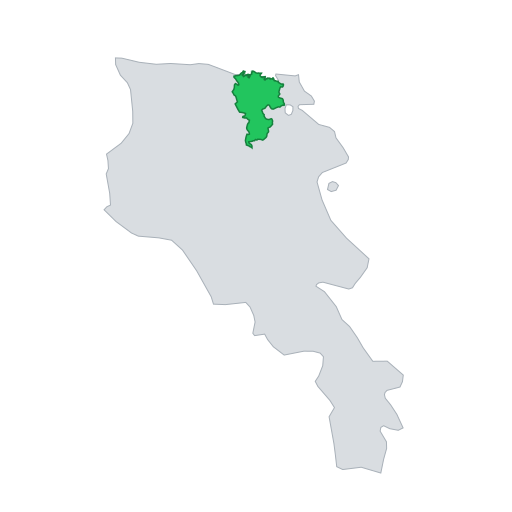 location of Tumanian, Lori, Armenia, rotated 14°
{"feature_id": "60910142B81526699291587", "entity_name": "Tumanian", "entity_type": "district", "adm_level": 2, "iso_a3": "ARM", "parent_name": "Armenia", "parent_adm1": "Lori", "projection": "equal_earth", "projection_center": [44.669, 40.997], "detail": "fine", "context": "in_parent", "style": "filled", "palette": "green", "viewbox_px": 512, "rotation_deg": 14, "n_neighbors": 0, "source": "geoboundaries", "source_scale": "gbopen_adm2", "svg_char_len": 6783}
<svg xmlns="http://www.w3.org/2000/svg" viewBox="0 0 512 512"><g transform="rotate(14 256 256)"><path d="M226.4,313.0L222.4,306.4L202.0,284.7L183.2,268.0L170.3,261.1L157.3,261.9L137.0,265.2L129.6,263.8L112.0,256.5L97.4,247.9L99.4,244.3L102.5,241.8L98.9,230.6L90.8,212.6L91.7,206.9L89.2,199.1L86.3,193.3L97.9,179.2L103.2,167.9L104.4,157.0L101.4,145.5L94.0,124.9L89.3,119.0L80.7,113.4L73.5,104.2L71.7,97.8L77.9,96.5L95.7,96.3L112.9,94.1L126.4,89.9L146.0,86.3L154.0,83.1L163.4,81.6L192.0,85.0L202.7,82.4L234.8,81.9L235.6,80.5L231.3,76.2L231.3,74.6L250.4,71.8L253.4,69.8L255.9,76.7L263.1,84.3L271.0,87.4L275.2,91.6L275.4,94.8L261.5,98.7L260.6,100.7L261.5,102.6L265.6,103.5L285.1,113.2L296.2,113.4L302.1,116.3L305.0,122.0L314.4,129.9L321.8,137.5L322.2,140.1L320.9,144.0L300.2,158.9L297.6,164.0L297.3,169.4L306.5,185.6L320.0,203.3L339.5,216.8L366.3,231.4L366.7,240.5L362.5,251.3L358.9,258.6L357.3,263.5L354.0,265.6L327.3,265.2L323.4,266.9L321.6,269.1L321.5,270.8L331.1,274.1L346.1,285.7L354.8,296.9L363.9,301.8L374.0,310.7L382.1,319.1L394.8,329.9L408.8,326.3L427.7,335.9L428.5,342.5L427.4,348.3L415.6,354.7L414.2,357.3L414.2,359.5L415.8,362.7L422.7,367.9L431.0,375.6L440.3,387.2L436.2,390.7L427.6,391.2L420.9,389.8L418.6,392.1L418.8,395.9L427.5,404.7L429.3,411.1L429.0,422.3L429.6,436.4L409.2,435.5L391.8,442.2L385.3,440.9L380.8,428.9L377.0,419.2L365.8,394.3L368.8,384.1L362.6,378.2L347.6,367.6L343.8,363.3L345.9,357.3L347.3,346.3L345.8,337.4L341.8,334.7L334.4,334.6L325.4,336.8L307.3,345.3L294.8,339.9L287.5,334.3L283.3,329.7L273.9,333.6L271.6,331.7L271.1,320.3L268.2,314.2L262.6,307.0L257.3,303.5L238.0,310.6L226.4,313.0ZM256.0,110.0L256.6,105.9L255.7,102.2L252.6,101.1L248.8,102.0L248.5,106.1L249.7,110.0L253.5,111.7L256.0,110.0ZM317.8,172.8L313.4,175.3L309.3,174.2L309.2,167.9L312.2,165.3L315.7,165.5L319.0,167.7L317.8,172.8Z" fill="#d9dde1" stroke="#a8b0b8" stroke-width="1"/><path d="M225.9,152.0L225.5,150.3L224.8,149.3L224.0,148.8L222.8,148.5L221.6,147.8L221.3,146.9L222.8,146.4L224.7,145.5L225.3,144.8L226.1,144.7L226.8,144.4L227.1,143.3L227.5,143.0L228.4,143.3L228.9,143.2L229.4,142.3L232.3,141.7L234.5,141.9L235.2,141.2L236.9,138.8L237.4,137.7L237.4,136.6L237.2,135.5L237.2,134.4L238.1,132.6L238.0,131.8L236.7,129.2L236.8,128.7L238.5,127.4L239.4,125.8L240.2,124.1L239.6,122.7L239.5,121.0L238.3,119.3L237.6,119.1L235.5,120.5L233.0,120.7L231.7,120.0L229.9,118.2L229.8,117.0L228.1,115.9L227.5,114.8L226.2,113.2L227.0,111.8L228.1,111.1L229.1,110.2L229.7,108.5L230.8,106.7L231.8,106.3L232.7,106.8L234.2,108.5L235.5,109.4L236.4,109.4L237.4,109.2L239.6,107.3L241.7,105.8L242.8,105.8L243.5,105.4L243.9,104.5L245.7,103.0L246.6,103.1L247.0,102.7L246.7,101.5L245.4,100.2L244.7,98.2L243.9,97.2L243.3,96.9L241.3,96.9L239.4,96.6L239.0,95.8L239.0,95.0L239.9,93.4L239.8,92.8L238.9,92.0L238.5,91.2L238.6,87.4L238.9,86.0L240.8,85.6L241.2,85.0L241.0,84.5L241.3,83.8L241.2,83.1L240.5,82.5L239.9,83.0L239.1,83.0L238.5,82.9L238.0,82.9L237.7,82.8L237.4,82.6L236.7,82.5L236.6,82.4L236.4,82.2L236.2,82.2L235.9,82.2L235.7,82.2L235.7,81.9L235.6,81.7L235.2,81.2L234.9,81.1L234.4,81.3L234.1,81.4L233.6,81.4L233.2,81.4L232.5,81.2L232.1,81.5L231.9,81.5L231.4,81.1L231.1,81.3L231.0,81.2L230.8,80.7L230.6,80.4L230.4,79.9L230.1,79.6L229.7,79.1L229.3,79.1L229.2,79.3L229.2,79.5L229.5,80.2L229.4,80.4L229.0,80.5L228.3,80.3L227.9,80.4L227.7,80.3L227.4,80.5L227.0,80.2L226.9,80.2L226.7,80.4L226.7,80.7L226.4,80.5L226.2,80.3L226.0,80.2L225.9,80.3L225.8,80.5L225.6,80.4L225.0,80.4L224.3,80.5L224.1,80.6L224.0,80.8L224.0,81.0L223.8,81.3L223.6,82.1L223.6,81.5L223.4,81.4L223.2,81.4L223.1,81.5L222.8,82.0L222.5,82.3L222.4,82.4L222.5,82.5L222.4,82.9L222.2,83.0L221.9,82.9L221.6,83.0L221.4,82.9L221.5,82.6L221.2,82.3L221.1,82.2L221.4,81.8L221.5,81.5L221.4,81.4L221.2,81.4L221.1,81.1L221.3,80.8L221.4,80.6L221.6,80.6L221.7,80.4L221.7,80.2L221.8,80.1L221.7,79.8L221.6,79.7L220.9,80.0L220.3,80.1L220.2,80.3L220.1,80.5L219.4,80.5L219.3,80.9L219.2,80.9L219.0,80.7L218.8,80.7L218.7,80.8L218.6,81.0L218.7,81.3L218.4,81.3L218.2,81.3L218.0,81.2L218.3,80.9L218.2,80.8L217.6,80.7L217.1,80.7L216.8,80.5L216.5,80.2L216.3,80.0L216.2,79.7L216.3,79.1L216.5,78.2L216.9,77.7L217.1,77.6L217.1,77.3L216.7,77.5L216.2,77.7L215.9,77.6L215.8,77.8L215.6,77.8L215.4,78.0L215.1,77.8L214.8,77.9L214.7,77.9L214.4,77.8L214.2,77.8L213.9,78.1L213.3,78.3L213.1,78.2L212.9,78.3L212.3,78.4L211.9,78.3L211.6,78.3L210.9,78.1L210.7,78.0L210.4,77.7L210.0,77.7L209.6,77.5L209.2,77.4L208.3,77.3L207.9,77.4L207.6,77.6L208.0,77.7L208.1,77.8L208.1,78.2L208.0,78.4L207.9,78.5L207.7,78.6L207.5,79.1L207.4,79.2L207.5,79.5L207.4,79.7L207.5,79.8L207.6,80.2L207.8,80.4L207.7,80.5L207.5,80.8L207.1,81.2L207.0,81.5L206.8,81.9L206.8,82.6L206.5,83.7L206.3,84.0L206.4,84.3L206.3,84.7L206.2,84.7L206.0,84.3L206.0,84.2L205.7,84.4L205.6,84.1L205.4,84.2L205.3,84.3L205.1,84.4L205.0,84.2L205.0,83.8L205.2,83.4L205.2,83.0L205.1,82.7L205.3,82.4L205.5,82.3L205.8,82.0L206.1,81.9L206.1,81.6L205.3,81.8L205.1,81.9L205.0,82.1L204.9,82.2L204.8,81.9L204.7,81.7L204.3,81.6L204.0,81.9L204.0,82.0L204.4,82.2L204.5,82.3L204.6,82.5L204.4,82.6L204.1,82.4L204.0,82.7L204.0,82.8L204.0,83.0L203.8,83.0L203.5,82.5L203.4,82.4L203.2,82.4L203.1,82.5L203.1,83.2L202.7,83.2L202.4,83.2L202.1,83.0L201.8,83.1L201.8,83.3L201.7,83.5L201.4,84.0L201.1,84.4L200.8,84.7L200.5,85.0L200.4,85.0L200.3,84.9L200.3,84.6L200.5,84.5L200.6,84.3L200.7,84.2L200.3,84.2L200.2,84.2L199.5,84.0L199.1,84.0L199.1,83.9L199.3,83.8L199.3,83.6L199.3,83.4L199.0,83.3L199.2,83.1L199.8,82.8L200.0,82.6L200.0,82.1L200.0,81.9L200.2,81.7L199.6,81.6L199.5,81.4L199.9,81.2L199.6,81.0L199.6,80.9L199.8,80.8L200.1,80.7L200.2,80.4L200.3,80.1L200.8,80.0L200.8,79.9L200.7,79.7L200.1,79.8L199.6,79.7L199.3,79.5L199.0,79.6L198.8,79.8L198.7,80.0L198.7,80.4L198.7,80.5L198.7,80.9L198.6,81.1L198.5,81.4L198.2,81.6L197.9,81.6L197.7,81.8L196.9,82.9L196.8,83.1L196.8,83.4L196.6,83.9L196.5,84.0L196.4,84.4L196.0,84.7L195.9,84.8L194.9,85.1L194.5,85.4L194.3,85.4L194.1,85.5L193.6,85.7L192.9,85.8L192.7,85.9L192.6,86.1L192.4,86.4L191.9,86.5L191.5,86.6L191.0,86.4L190.9,86.3L191.5,88.0L193.3,89.0L195.1,90.8L197.0,92.2L197.9,94.0L197.3,94.7L195.7,94.0L194.3,93.7L193.7,95.2L194.2,97.7L194.2,99.8L193.2,102.4L194.5,103.6L195.9,105.2L197.4,105.6L198.4,107.0L199.6,109.2L200.7,110.9L199.0,113.5L203.1,118.2L205.3,120.4L207.9,120.1L210.3,120.1L211.4,120.3L211.4,122.5L210.8,123.3L209.9,123.4L209.5,124.0L209.6,124.8L211.9,124.8L213.4,124.3L214.8,125.2L215.8,125.6L216.8,125.8L216.8,128.5L216.3,128.9L216.1,129.6L215.9,130.5L215.9,133.7L216.2,134.7L217.0,135.7L217.9,136.4L218.7,136.9L219.2,137.5L219.6,138.1L220.0,138.9L220.1,139.4L219.2,139.9L217.8,140.0L217.6,142.0L217.6,144.0L217.7,145.4L217.8,146.6L218.6,148.2L219.4,149.4L219.8,150.6L222.4,150.9L223.0,151.1L224.0,151.5L225.0,151.5L225.9,152.0Z" fill="#22c55e" stroke="#15803d" stroke-width="1.5"/></g></svg>